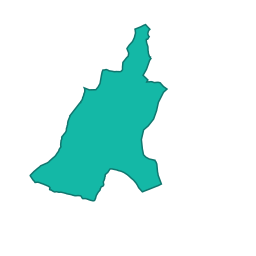 Cas En Bas, Gros Islet, Saint Lucia, rotated 123°
{"feature_id": "8701671B99981007165290", "entity_name": "Cas En Bas", "entity_type": "district", "adm_level": 2, "iso_a3": "LCA", "parent_name": "Saint Lucia", "parent_adm1": "Gros Islet", "projection": "natural_earth1", "projection_center": [-60.932, 14.085], "detail": "fine", "context": "isolated", "style": "filled", "palette": "teal", "viewbox_px": 256, "rotation_deg": 123, "n_neighbors": 0, "source": "geoboundaries", "source_scale": "gbopen_adm2", "svg_char_len": 5868}
<svg xmlns="http://www.w3.org/2000/svg" viewBox="0 0 256 256"><g transform="rotate(123 128 128)"><path d="M57.2,146.6L56.6,148.4L56.4,148.8L56.3,148.7L56.3,149.1L55.7,149.7L55.0,150.7L54.5,151.3L54.3,151.5L54.0,151.8L53.0,152.5L52.8,152.7L52.5,153.0L52.0,153.5L50.8,154.3L49.1,155.5L48.2,156.5L47.5,157.5L46.4,158.8L44.7,160.3L44.1,160.7L43.6,160.9L42.8,159.9L42.4,159.9L39.8,160.0L39.5,161.1L38.6,162.3L38.4,162.6L37.3,163.1L35.8,163.6L34.6,163.7L33.5,163.4L33.3,163.4L32.3,167.5L31.7,169.6L32.7,170.3L33.1,170.6L33.3,170.8L34.1,171.2L36.2,172.4L38.9,174.3L41.3,176.0L42.2,175.1L44.3,173.4L48.7,171.9L52.9,171.3L57.9,172.1L61.9,172.2L62.1,172.0L62.9,170.9L63.1,170.6L63.5,170.0L63.8,169.6L64.2,169.0L64.4,168.7L64.8,168.3L65.4,167.9L65.7,167.8L66.1,167.6L66.4,167.5L67.8,166.9L69.5,167.4L75.7,168.0L79.9,165.8L82.0,164.4L82.8,164.4L83.6,164.5L83.9,164.5L84.3,164.7L84.5,164.9L84.7,165.0L85.2,165.5L85.4,165.8L86.2,167.2L86.4,167.5L87.0,168.5L87.5,169.1L87.6,169.3L88.0,169.8L88.2,170.0L88.3,170.5L88.5,170.7L88.8,171.6L89.5,173.2L90.2,174.7L90.3,175.0L90.4,175.4L90.4,176.0L90.4,176.4L90.6,177.1L90.7,177.7L90.8,178.0L91.3,178.6L91.6,178.9L91.9,179.1L92.3,179.4L92.4,179.7L93.0,180.6L95.1,180.2L98.2,179.0L105.9,175.7L109.8,175.4L113.4,175.8L117.1,181.2L118.2,186.5L118.4,186.2L118.8,185.7L119.1,185.3L119.7,184.9L120.4,184.5L121.2,184.0L121.5,183.9L121.8,183.8L122.4,183.7L122.6,183.7L123.2,183.6L124.5,183.1L125.0,182.9L125.6,182.8L126.7,182.6L127.1,182.6L127.3,182.5L128.4,182.0L128.8,182.0L129.6,181.9L129.8,181.8L130.3,181.8L130.9,181.9L131.7,182.0L132.4,181.5L132.6,181.5L133.0,182.0L149.5,183.4L149.6,183.1L151.1,182.8L151.4,182.7L152.2,182.6L153.2,182.4L154.1,182.2L154.4,182.2L154.7,182.0L155.5,181.8L155.9,181.7L156.1,181.5L156.6,181.3L156.9,181.2L157.5,180.8L157.9,180.5L158.9,180.3L159.4,180.2L159.7,180.1L160.0,179.9L160.8,179.6L161.5,179.5L161.8,179.4L162.1,179.3L162.3,179.2L163.4,178.5L164.3,178.2L164.6,178.1L165.4,178.1L165.7,178.1L166.1,178.1L167.3,178.2L167.6,178.2L168.1,178.4L168.7,178.4L169.9,178.4L170.3,178.5L171.1,178.7L171.4,178.6L171.7,178.4L172.1,178.3L172.3,178.3L172.8,177.9L173.0,177.6L173.3,177.5L173.8,177.5L174.1,177.4L175.0,177.3L175.9,176.8L176.6,176.4L177.0,176.3L177.3,176.1L178.0,175.7L178.3,175.6L178.6,175.4L178.9,175.2L179.6,174.7L179.9,174.5L180.3,174.0L183.5,174.1L184.4,173.7L186.0,173.6L187.5,173.7L190.7,173.7L192.2,174.0L193.7,174.5L198.8,175.9L199.5,175.9L200.1,176.2L201.3,176.7L202.3,177.4L205.1,179.2L206.3,180.0L207.0,180.5L207.5,180.7L209.0,181.0L209.7,181.3L212.1,182.1L212.9,182.3L213.8,182.6L214.6,182.8L215.4,183.1L221.0,184.2L221.4,183.8L222.7,180.7L222.8,180.5L223.1,179.8L223.1,179.7L223.4,179.1L223.4,178.9L223.5,178.4L223.6,177.9L224.3,176.3L224.2,176.1L223.6,175.5L223.3,175.0L223.1,174.8L222.7,174.3L222.5,174.0L222.3,173.3L222.0,172.3L221.7,170.6L221.5,170.0L221.2,168.6L221.0,168.2L221.0,167.3L220.7,166.3L220.5,164.7L220.4,164.3L220.2,163.2L220.2,162.7L220.3,161.9L220.4,161.1L220.8,160.6L221.2,160.7L221.4,160.7L222.3,160.2L222.3,159.4L221.8,158.8L221.9,157.8L221.9,156.7L221.7,155.0L221.3,154.3L220.8,153.8L220.4,153.4L219.7,151.4L219.3,150.6L218.7,149.9L218.2,149.0L217.5,147.0L217.3,146.5L216.9,145.2L216.6,144.3L216.5,143.6L216.2,142.8L215.5,141.1L214.8,139.3L214.4,137.7L214.2,137.1L213.8,135.9L213.5,135.3L212.8,134.3L211.8,133.0L211.5,132.4L211.3,132.0L210.7,130.9L210.7,130.6L210.9,129.9L211.3,129.2L211.7,128.3L211.9,127.6L211.4,126.7L211.2,126.5L210.8,125.9L210.4,125.3L210.1,124.6L209.8,123.5L209.8,123.3L209.5,122.5L209.5,122.1L209.4,121.8L209.4,121.5L209.2,120.9L209.1,120.5L209.0,120.1L208.9,119.8L208.7,119.3L208.4,118.4L208.3,118.2L208.2,117.9L208.1,117.6L207.9,117.4L207.4,116.9L207.2,116.7L206.9,116.6L206.7,116.6L206.0,116.7L205.5,116.8L205.2,116.9L204.7,116.9L204.4,117.0L204.0,117.1L203.7,117.3L203.4,117.4L202.8,117.6L202.6,117.6L201.3,117.9L200.8,117.9L200.5,117.9L200.0,117.9L199.7,117.9L199.3,118.0L198.7,118.0L197.9,118.0L197.0,117.9L196.1,117.7L195.7,117.7L195.1,117.7L194.8,117.8L194.4,118.1L194.2,118.1L193.8,118.2L193.6,118.2L193.2,118.2L192.5,118.3L192.2,118.4L191.5,118.3L191.2,118.0L191.1,117.9L191.0,117.7L190.4,117.4L189.7,117.3L189.4,117.3L189.1,117.4L188.7,117.5L188.1,118.1L187.6,118.5L187.1,119.0L186.9,119.2L186.7,119.3L186.3,119.5L185.7,119.5L185.4,119.6L185.1,119.6L184.7,119.6L184.2,119.8L183.7,119.9L183.6,120.0L183.2,120.1L182.7,120.2L182.5,120.4L182.1,120.7L181.5,120.7L181.0,120.8L180.6,121.1L180.4,121.2L180.1,121.4L179.9,121.6L179.5,121.6L178.7,121.5L177.4,121.2L176.8,120.9L176.4,120.8L175.5,120.8L174.5,120.8L173.9,120.8L173.2,120.8L172.7,120.8L172.4,120.8L172.0,120.6L171.7,120.2L171.3,119.6L170.8,118.5L170.1,116.6L169.5,115.2L169.2,114.2L169.0,113.2L168.7,112.1L168.4,111.5L168.3,111.1L168.0,110.2L167.8,109.2L167.7,108.3L167.5,107.1L167.5,106.4L167.5,104.2L167.5,103.2L167.6,102.4L167.7,101.5L168.0,99.8L168.1,99.1L168.3,98.2L168.4,97.4L168.5,96.3L168.7,94.8L169.1,93.6L169.6,91.9L169.9,91.0L170.3,90.2L170.6,89.4L172.3,86.4L172.4,86.0L173.7,81.2L173.1,80.7L172.3,80.2L171.2,79.4L167.6,76.8L168.6,77.5L161.5,72.5L160.2,71.5L156.8,69.5L151.8,76.2L151.1,77.1L150.3,77.8L149.8,78.2L148.9,79.2L144.2,82.9L143.2,83.7L142.6,84.2L142.5,84.3L141.3,86.0L140.7,87.4L140.8,88.2L140.5,88.2L142.0,92.2L142.4,93.1L142.6,95.2L142.6,95.4L142.7,96.5L142.7,97.9L142.7,96.8L142.7,97.4L142.0,100.4L137.7,104.6L130.4,110.5L121.0,113.9L115.3,112.2L106.6,111.4L97.9,113.5L89.9,116.5L78.7,117.7L74.1,116.5L73.9,120.8L72.9,124.6L72.6,125.3L72.6,125.7L72.8,126.2L72.8,126.5L73.0,127.0L73.4,127.8L73.7,128.2L73.9,128.6L74.1,128.8L74.6,129.3L75.1,130.1L75.4,130.4L75.7,130.9L75.8,131.2L75.8,131.5L76.0,132.4L76.2,133.2L76.4,133.6L76.7,134.1L76.9,134.4L77.2,134.8L77.6,135.0L78.0,135.8L78.6,136.5L78.8,137.0L79.2,137.4L78.8,137.5L78.4,137.5L77.7,137.6L76.9,137.5L75.6,144.1L68.6,144.5L59.6,146.7L57.2,146.6Z" fill="#14b8a6" stroke="#0f766e" stroke-width="1.5"/></g></svg>